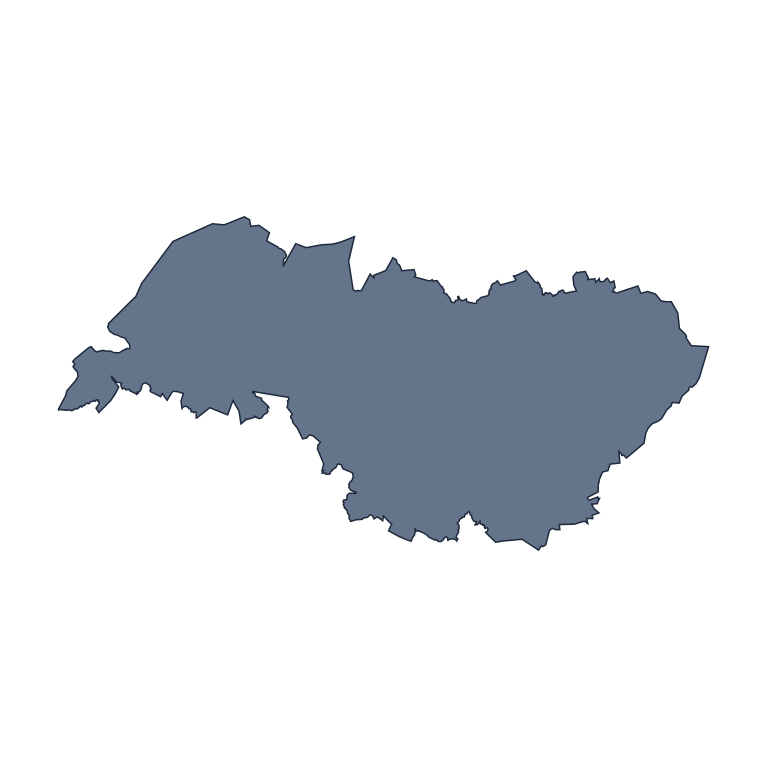 the district of Victoria, Guanajuato, Mexico, rotated 266°
{"feature_id": "50627088B96673154925588", "entity_name": "Victoria", "entity_type": "district", "adm_level": 2, "iso_a3": "MEX", "parent_name": "Mexico", "parent_adm1": "Guanajuato", "projection": "orthographic", "projection_center": [-100.227, 21.387], "detail": "fine", "context": "isolated", "style": "filled", "palette": "slate", "viewbox_px": 768, "rotation_deg": 266, "n_neighbors": 0, "source": "geoboundaries", "source_scale": "gbopen_adm2", "svg_char_len": 6127}
<svg xmlns="http://www.w3.org/2000/svg" viewBox="0 0 768 768"><g transform="rotate(266 384 384)"><path d="M555.8,224.0L541.0,183.5L501.2,149.2L487.6,142.0L487.6,141.2L463.4,113.2L462.7,113.7L460.2,112.3L455.6,114.1L452.2,118.6L451.5,121.3L449.2,125.1L448.1,128.5L441.4,132.7L438.6,133.3L437.1,132.9L437.4,129.5L436.4,128.3L436.3,127.1L433.6,122.1L434.2,116.6L435.9,113.4L436.3,108.2L437.1,107.0L436.7,102.0L435.9,100.1L437.4,97.6L441.7,94.5L441.0,92.2L430.4,77.3L428.1,75.0L426.2,76.4L424.2,76.6L423.3,75.1L422.6,75.1L416.7,79.2L412.6,79.2L408.6,76.3L399.3,67.1L394.4,65.5L381.8,57.6L380.8,57.6L381.2,58.6L380.2,63.4L380.5,64.5L379.8,65.3L380.3,68.4L379.4,69.2L379.3,70.8L379.7,72.6L381.1,73.8L380.4,75.7L381.0,77.1L383.2,79.8L382.1,80.9L383.2,82.2L383.8,84.2L385.6,85.7L384.9,88.2L387.0,90.7L387.0,92.7L387.9,93.6L386.9,94.7L388.3,96.3L388.0,97.9L386.7,97.4L386.0,98.4L384.3,98.4L379.9,95.1L375.4,97.5L386.3,110.0L393.1,115.3L399.5,119.2L409.6,112.4L410.5,112.9L404.5,117.5L403.8,120.7L402.8,122.2L402.1,121.5L400.5,121.5L397.3,122.6L398.0,124.2L397.2,125.6L396.2,126.1L396.3,129.7L395.0,130.0L391.6,135.9L390.8,136.4L392.0,137.6L392.0,138.3L392.7,138.4L393.1,137.6L393.6,139.8L395.8,141.3L400.5,142.8L402.0,145.9L398.9,150.5L397.8,150.3L395.4,151.3L394.1,150.2L392.8,150.4L386.9,160.3L389.9,162.2L382.9,166.5L390.6,172.0L391.4,173.6L390.8,177.4L388.5,183.2L381.0,180.3L373.6,180.8L374.9,181.8L375.7,184.0L375.0,186.3L374.1,187.3L373.2,187.4L372.5,189.4L369.7,189.7L369.8,191.0L368.6,192.3L369.4,193.7L368.9,194.8L363.3,194.2L363.3,195.1L372.5,208.5L364.1,225.9L378.0,232.1L367.1,237.5L354.2,238.5L358.3,244.3L358.8,244.2L358.1,245.5L359.0,247.6L358.7,248.6L360.0,252.2L360.8,252.5L359.7,253.0L360.2,254.1L359.3,254.8L358.2,257.4L358.6,259.4L361.9,262.2L363.1,265.0L365.2,266.5L367.0,265.7L368.9,266.6L368.5,267.4L369.8,267.0L376.7,260.7L378.2,260.9L380.8,255.1L383.9,254.2L384.5,252.3L385.7,252.6L377.3,287.9L374.9,287.9L373.8,286.5L371.7,286.9L367.4,285.7L360.4,290.4L358.7,288.9L356.8,288.6L355.4,289.9L352.1,290.3L345.8,294.6L334.9,299.0L335.6,303.3L338.5,305.9L337.2,309.6L330.3,316.5L327.5,313.8L323.8,313.1L308.6,318.3L301.8,316.1L301.6,317.3L301.0,316.2L299.1,316.1L299.5,319.0L298.1,319.5L297.8,323.6L300.9,325.0L301.0,326.1L302.6,327.3L303.8,329.9L307.5,332.3L306.5,335.7L302.4,337.0L297.6,346.3L293.0,346.9L292.0,345.9L290.7,345.8L288.4,343.1L286.1,341.8L284.9,342.2L283.3,341.7L280.2,343.5L277.9,348.5L276.9,348.4L277.5,341.9L275.8,339.5L271.2,338.8L271.2,335.9L269.6,334.9L268.0,335.8L266.8,335.0L263.6,336.2L263.4,335.8L260.6,338.2L257.0,338.9L255.6,340.3L252.9,339.7L249.2,341.1L250.5,346.7L250.5,352.9L251.5,353.6L251.8,354.7L252.1,358.1L254.4,361.0L253.7,363.2L250.2,364.6L251.9,368.1L247.7,373.2L252.4,374.2L245.6,379.8L244.0,381.9L237.2,378.3L230.6,388.7L226.1,397.8L225.3,400.1L229.1,402.0L231.0,403.8L234.3,404.8L238.1,404.8L235.5,405.7L234.7,407.1L235.2,408.0L232.2,413.8L230.0,416.8L228.4,417.6L224.7,423.8L225.2,425.0L223.2,427.1L222.8,429.3L223.9,431.8L226.2,433.5L227.4,435.3L226.2,436.5L223.6,436.9L224.6,438.5L224.8,442.1L223.8,444.5L222.2,445.7L224.4,446.9L225.6,445.5L227.4,445.5L230.9,448.1L233.4,447.5L233.7,448.4L236.0,449.0L237.9,448.9L239.2,448.2L239.3,447.5L240.2,447.4L241.7,449.3L243.9,450.2L244.8,452.4L245.5,452.5L245.7,454.8L248.2,455.8L248.7,457.6L250.6,459.1L250.8,459.9L249.5,460.7L247.7,460.8L246.1,462.3L244.4,462.3L241.0,463.9L240.1,466.6L237.2,464.9L237.2,467.6L240.4,470.2L237.7,470.4L237.3,472.7L236.9,473.1L236.2,472.7L235.6,474.7L233.8,474.2L232.8,475.0L233.5,476.9L232.6,477.7L230.2,477.1L228.8,475.0L218.3,484.4L219.0,490.6L219.5,510.9L207.5,526.6L211.3,529.4L210.8,531.3L212.2,534.1L226.1,538.7L228.3,541.4L226.8,545.0L226.4,549.3L231.6,549.1L230.9,564.0L233.2,574.4L230.6,577.5L235.7,576.8L235.2,582.9L238.5,582.4L240.4,589.4L244.9,584.9L249.7,582.7L249.7,588.2L255.0,591.0L254.9,589.3L256.4,589.3L253.8,580.5L255.3,579.4L256.7,579.2L261.4,590.1L269.8,590.9L270.6,591.6L273.4,592.0L281.0,595.9L281.9,601.3L288.3,604.0L288.7,613.8L300.2,613.6L297.5,616.1L296.2,616.1L296.0,618.5L293.2,620.6L306.8,639.2L317.0,641.8L321.9,644.7L325.6,648.7L327.6,654.4L329.9,658.3L338.5,664.4L342.0,668.9L345.4,670.2L344.4,677.0L351.4,680.7L356.5,687.5L358.7,687.8L360.1,689.4L359.3,691.0L362.4,695.1L368.0,698.9L398.6,710.4L400.8,693.2L409.3,688.4L410.4,689.1L412.5,688.1L418.8,682.6L434.4,682.0L446.0,676.4L446.4,671.0L447.6,666.1L454.8,661.1L457.9,653.4L456.5,646.5L464.1,644.1L458.6,622.7L458.7,621.5L459.9,620.4L459.6,619.1L460.0,618.4L463.8,620.4L464.0,621.3L470.8,620.5L469.3,616.9L473.9,614.2L473.2,612.6L471.1,610.8L470.8,607.4L472.1,606.2L474.0,606.1L470.6,602.4L474.2,601.7L474.0,594.5L475.6,595.2L482.1,592.7L481.9,586.7L481.1,586.2L482.1,583.9L477.9,580.1L469.5,580.2L463.4,582.6L461.9,570.7L465.1,569.3L465.1,567.5L464.0,566.3L464.3,565.1L461.1,562.5L460.9,560.1L459.8,559.5L459.8,558.6L460.5,558.6L463.2,556.2L463.2,554.0L462.6,553.6L464.0,551.7L462.7,550.1L461.2,549.8L462.3,548.4L468.4,548.1L469.4,546.6L471.2,546.8L473.2,545.8L475.0,544.5L474.2,543.9L475.2,541.8L487.0,533.8L483.0,523.5L482.7,520.7L478.7,522.9L477.5,521.2L475.2,509.5L474.5,507.9L474.6,507.1L479.0,504.3L476.8,501.3L476.6,499.5L473.9,497.4L472.1,497.7L470.9,497.2L471.2,496.4L470.0,495.5L466.1,494.8L464.8,493.5L463.5,486.7L461.4,484.2L460.8,482.5L458.4,481.9L457.8,480.9L460.2,472.4L463.1,472.1L461.4,467.9L463.5,465.5L466.2,464.5L465.9,463.6L462.6,463.9L462.4,461.2L460.3,460.2L460.5,458.6L461.9,456.2L464.0,456.3L469.4,452.7L470.7,449.9L472.6,450.4L474.3,450.2L475.7,449.0L476.8,449.2L477.2,448.0L483.4,444.2L483.4,439.6L484.7,439.4L483.5,436.7L488.8,421.6L490.5,423.3L496.0,421.9L495.7,409.7L501.7,407.7L503.2,405.7L507.1,404.9L509.3,401.7L497.0,393.6L493.2,381.6L490.5,381.4L494.7,377.9L478.8,368.0L478.6,366.1L479.3,364.1L478.4,362.6L480.1,359.8L509.1,357.3L533.1,364.8L528.5,350.4L527.1,342.3L527.2,330.7L525.4,315.9L530.1,305.7L508.3,291.4L511.3,292.3L515.4,292.4L516.9,294.7L518.8,295.7L522.9,294.2L525.9,290.8L526.9,288.2L527.9,287.8L535.1,276.9L542.9,280.3L551.0,270.4L550.6,262.1L557.2,261.3L560.5,256.3L553.9,235.7L555.8,224.0Z" fill="#64748b" stroke="#1e293b" stroke-width="1.5"/></g></svg>